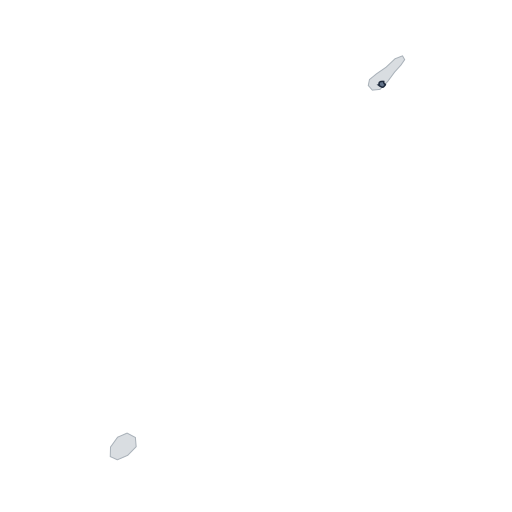 Male', Malé, Maldives (highlighted), rotated 31°
{"feature_id": "70690204B12193603739109", "entity_name": "Male'", "entity_type": "district", "adm_level": 2, "iso_a3": "MDV", "parent_name": "Maldives", "parent_adm1": "Malé", "projection": "equal_earth", "projection_center": [73.509, 4.176], "detail": "fine", "context": "in_parent", "style": "filled", "palette": "slate", "viewbox_px": 512, "rotation_deg": 31, "n_neighbors": 0, "source": "geoboundaries", "source_scale": "gbopen_adm2", "svg_char_len": 879}
<svg xmlns="http://www.w3.org/2000/svg" viewBox="0 0 512 512"><g transform="rotate(31 256 256)"><path d="M276.5,49.3L270.3,53.9L264.4,52.0L262.4,46.3L265.4,37.9L270.3,27.1L273.6,15.3L278.5,9.0L282.3,11.1L281.9,17.7L280.1,26.8L279.0,38.5L276.5,49.3ZM242.1,502.1L234.4,503.0L229.7,494.7L230.7,482.6L236.7,474.2L246.1,473.7L251.5,481.2L248.7,492.9L242.1,502.1Z" fill="#d9dde1" stroke="#a8b0b8" stroke-width="1"/><path d="M274.9,46.6L275.6,46.5L276.4,46.5L277.3,46.3L277.7,46.0L278.1,45.6L278.3,45.0L278.5,44.2L278.6,43.5L278.7,43.0L278.7,42.6L278.5,42.2L278.2,42.2L277.6,42.4L277.1,42.2L276.5,41.9L276.2,41.5L275.9,41.1L275.6,40.6L274.5,41.2L273.9,41.6L273.5,41.9L272.9,42.4L272.5,43.2L272.3,43.7L272.5,44.4L272.7,44.9L273.0,44.9L273.1,44.7L273.1,45.1L273.3,45.7L273.1,46.1L272.9,46.3L273.2,46.3L273.7,46.5L274.9,46.6Z" fill="#64748b" stroke="#1e293b" stroke-width="1.5"/></g></svg>